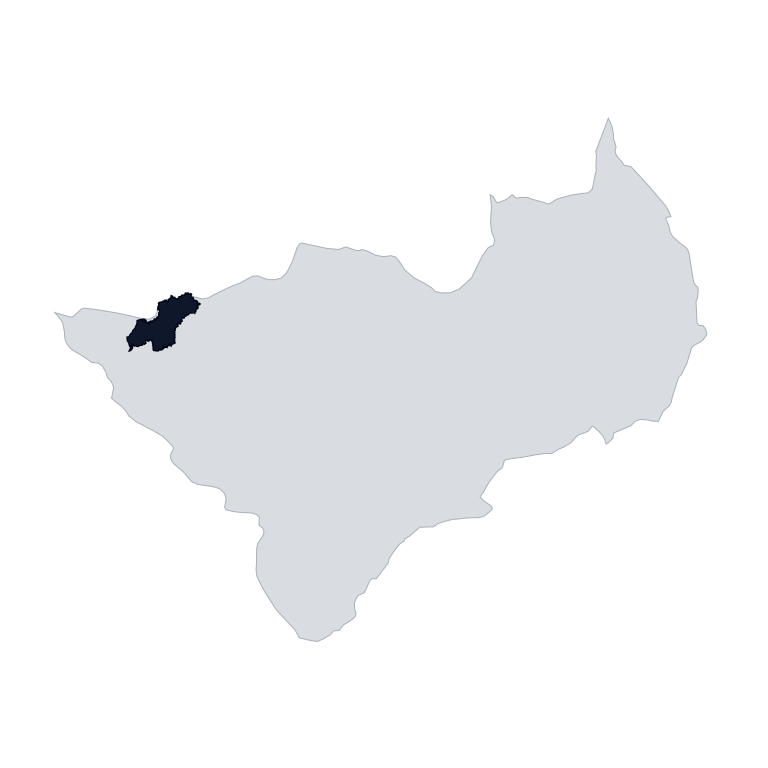 Zémio, Haut-Mbomou, Central African Republic shown in context, rotated 177°
{"feature_id": "33826404B4042011562142", "entity_name": "Zémio", "entity_type": "district", "adm_level": 2, "iso_a3": "CAF", "parent_name": "Central African Republic", "parent_adm1": "Haut-Mbomou", "projection": "natural_earth1", "projection_center": [25.196, 5.379], "detail": "fine", "context": "in_parent", "style": "filled", "palette": "ink", "viewbox_px": 768, "rotation_deg": 177, "n_neighbors": 0, "source": "geoboundaries", "source_scale": "gbopen_adm2", "svg_char_len": 9421}
<svg xmlns="http://www.w3.org/2000/svg" viewBox="0 0 768 768"><g transform="rotate(177 384 384)"><path d="M541.0,264.5L548.3,266.7L549.6,269.3L547.6,277.9L549.0,283.2L553.1,287.7L557.4,289.6L561.4,290.7L575.4,293.5L581.3,296.7L589.0,306.7L598.6,315.8L601.0,320.7L600.6,325.1L597.7,330.4L598.1,332.6L602.6,337.9L607.7,343.4L617.0,349.5L633.1,359.0L640.5,365.4L643.0,370.2L647.2,375.5L653.0,380.3L656.8,384.0L654.2,394.4L655.0,397.9L656.4,400.8L659.8,405.0L661.1,410.3L664.5,416.9L668.5,419.9L675.1,421.0L678.6,424.1L685.9,429.3L693.0,433.9L696.1,437.0L697.9,439.8L699.5,443.0L700.3,446.3L700.5,453.4L701.7,462.2L705.5,468.2L709.1,472.6L694.6,467.5L692.5,467.4L689.9,468.3L682.4,474.6L680.0,475.4L670.5,474.0L647.4,469.0L629.7,464.2L624.4,462.5L614.9,460.9L608.7,464.1L602.8,475.3L601.1,477.6L591.9,480.9L587.5,480.0L576.8,483.1L560.4,478.4L554.5,479.3L549.9,481.7L538.0,486.8L530.8,489.7L522.5,492.3L514.5,496.3L509.2,498.6L504.0,498.5L499.3,496.2L494.1,494.3L487.9,493.9L481.5,495.0L476.0,499.5L473.8,502.7L469.1,511.2L463.5,525.0L461.3,527.8L459.3,529.2L433.5,522.3L422.4,520.7L414.9,522.9L405.5,519.0L401.4,518.3L399.5,519.5L394.2,517.8L385.7,513.1L377.6,511.1L370.3,511.8L365.8,510.2L362.2,505.6L357.6,497.2L349.2,488.9L338.0,482.2L331.0,477.2L328.2,473.8L322.1,471.9L312.9,471.6L303.9,474.9L291.1,485.3L279.2,506.7L272.6,514.9L267.3,517.0L265.9,522.1L268.5,530.3L269.2,539.7L267.3,555.7L268.0,567.4L265.2,565.5L262.5,560.1L261.2,559.0L253.3,561.4L249.3,563.6L247.1,565.8L245.4,566.1L243.0,563.2L241.0,562.6L237.9,563.2L234.8,563.1L232.7,562.7L231.4,563.0L227.7,561.2L214.2,556.7L211.9,555.2L209.2,555.4L202.2,559.3L198.5,560.4L187.3,562.8L175.4,564.0L170.8,564.1L167.7,565.8L165.6,568.3L161.9,583.0L160.9,585.6L161.0,589.3L160.0,601.2L160.4,604.9L146.1,637.6L143.7,632.1L142.2,625.7L141.7,618.4L142.0,616.5L141.1,614.3L139.9,608.3L141.1,604.5L140.1,600.5L137.4,596.5L134.8,593.5L133.4,590.8L132.2,589.6L129.4,589.2L125.7,587.8L109.8,568.6L93.4,547.1L90.0,540.1L88.7,536.1L92.7,535.7L93.8,534.9L93.8,533.1L91.4,527.6L90.2,520.5L88.1,516.3L81.7,509.7L75.5,504.7L73.6,502.1L72.5,498.4L70.2,475.2L69.2,468.6L67.2,465.7L65.8,464.4L65.3,462.7L65.6,458.6L66.4,454.9L66.4,453.4L68.1,450.2L68.2,428.7L66.2,425.8L62.5,425.7L60.5,422.6L58.9,418.6L59.4,415.9L63.0,411.5L65.4,409.8L72.4,406.3L74.4,404.6L75.7,402.5L76.5,399.6L80.6,388.6L86.8,377.6L89.4,375.3L95.6,359.1L97.1,354.9L98.1,350.8L100.1,347.5L106.8,342.0L111.9,332.3L117.4,332.8L123.0,334.4L130.2,335.2L135.8,333.3L139.5,329.5L157.0,323.1L158.3,317.9L161.1,315.2L164.3,312.8L165.4,312.5L165.6,314.2L167.5,319.6L171.5,324.9L177.3,330.8L178.9,330.4L182.6,326.0L191.7,323.2L194.0,322.0L200.5,315.5L208.3,311.4L212.8,309.9L220.7,305.6L226.3,306.2L235.2,305.5L250.2,303.5L261.0,302.8L266.5,302.0L267.9,301.1L270.0,294.9L271.6,293.2L275.7,290.5L283.7,281.1L289.0,273.2L290.5,270.4L291.6,269.9L293.9,266.5L291.7,263.1L282.8,256.1L282.9,255.1L282.4,253.9L282.9,252.9L286.3,250.1L290.9,246.8L295.8,245.6L308.6,245.9L319.4,245.2L322.0,245.3L330.4,243.7L336.2,242.2L342.2,238.8L355.7,239.1L366.9,230.5L370.2,229.0L371.6,227.7L372.0,226.3L377.3,222.9L383.2,215.9L387.9,209.5L389.2,205.1L401.9,189.9L406.3,190.2L408.5,188.3L413.6,178.2L415.2,176.3L420.4,174.5L422.9,171.5L425.1,167.1L425.1,161.5L424.1,157.1L424.1,155.0L425.4,153.0L427.4,151.0L437.1,145.5L439.5,142.9L441.0,140.5L443.7,140.1L446.6,140.3L448.5,138.9L450.6,136.4L457.3,133.0L463.5,130.4L470.0,131.5L481.8,134.9L485.3,142.1L487.0,144.7L501.5,161.8L504.3,165.8L511.5,178.3L515.9,186.6L521.0,198.7L521.5,205.2L520.8,210.8L519.7,226.7L518.4,231.3L512.0,239.9L511.7,243.7L513.0,246.9L515.0,248.2L516.2,249.8L515.4,257.2L517.7,260.1L522.5,262.1L534.7,263.4L541.0,264.5Z" fill="#d9dde1" stroke="#a8b0b8" stroke-width="1"/><path d="M638.1,444.3L638.1,442.3L638.0,440.7L636.5,438.0L636.3,435.8L635.0,433.5L636.7,430.4L635.2,430.7L633.3,433.0L633.5,437.1L631.5,434.9L630.3,435.4L629.2,434.7L627.8,434.4L625.6,435.3L623.2,435.6L622.4,437.7L621.4,436.2L619.6,437.3L619.8,439.5L619.1,440.2L618.3,440.3L617.5,439.2L616.5,439.3L614.9,440.5L614.2,440.3L613.0,437.7L612.6,432.6L612.7,430.3L612.1,429.5L611.1,429.4L609.9,429.0L609.4,429.1L608.9,429.5L608.6,429.0L608.1,428.8L607.3,429.1L607.0,430.0L606.5,430.3L605.6,429.7L603.7,429.9L603.4,430.7L602.9,430.9L602.5,430.8L602.2,431.0L602.3,431.4L602.5,431.7L602.9,431.8L603.2,432.1L603.2,432.6L602.9,433.1L602.5,433.1L601.7,432.5L601.2,432.0L600.1,432.3L599.3,432.1L598.8,431.8L598.2,432.7L598.0,433.6L597.2,433.8L596.5,433.7L595.9,435.3L595.3,434.0L594.6,433.1L593.6,434.9L592.2,435.2L591.4,435.7L590.6,435.9L590.5,436.6L591.2,436.9L591.2,437.6L590.8,438.3L590.8,439.5L590.7,440.7L590.2,441.6L590.6,442.3L590.7,443.2L590.2,443.7L590.2,444.4L590.4,445.3L590.7,445.7L590.5,446.3L590.1,446.7L590.5,447.0L590.9,447.5L590.2,448.4L589.8,448.5L589.6,450.6L588.7,451.3L588.5,451.8L587.4,452.2L587.0,452.2L586.6,452.7L586.9,453.2L587.5,454.0L586.7,454.7L586.1,454.8L585.6,455.3L584.4,454.6L583.9,455.1L584.3,455.7L584.2,456.3L583.7,456.3L583.2,457.0L583.2,457.6L582.7,457.4L582.3,457.4L582.6,458.8L582.6,459.7L582.4,460.6L582.2,461.0L581.3,461.0L580.8,460.3L580.3,460.3L579.7,461.6L578.8,462.1L578.2,462.2L577.9,463.9L576.6,463.1L575.8,463.4L575.4,463.9L574.6,464.8L574.0,465.3L573.3,465.0L570.3,465.0L569.7,464.8L569.3,464.5L568.8,465.5L568.2,466.0L568.2,466.9L568.1,467.5L567.8,468.0L567.4,468.5L567.6,469.2L567.3,469.9L566.4,469.0L566.1,469.1L565.7,469.9L565.9,470.8L565.8,471.5L565.8,472.2L566.8,472.5L566.9,472.9L566.6,473.5L566.0,473.8L565.3,473.6L564.8,473.0L564.1,472.8L563.7,473.1L563.5,473.6L563.8,473.7L564.3,474.2L564.7,474.1L565.2,474.2L565.9,475.0L566.0,475.7L566.0,476.0L566.4,476.4L566.9,477.1L567.4,477.2L567.8,477.1L568.8,477.4L569.1,477.3L569.5,477.6L569.8,478.2L569.8,478.5L569.8,479.1L570.1,479.8L570.1,480.1L570.1,480.3L570.3,480.5L570.8,480.3L571.1,480.4L571.3,480.4L571.8,480.7L572.0,480.7L572.1,480.9L572.2,481.3L572.2,481.5L572.2,482.0L572.1,482.3L572.0,482.7L572.0,482.9L571.6,483.1L571.5,483.3L571.5,483.6L571.8,484.0L572.4,484.3L573.0,484.1L573.4,484.1L574.3,484.1L574.6,484.4L574.5,484.7L574.6,485.0L574.9,485.1L575.7,484.9L576.2,485.0L576.2,484.9L576.3,484.6L576.4,484.3L576.6,484.2L576.9,484.2L577.0,484.2L577.0,484.5L576.8,484.9L576.8,485.0L577.0,485.2L577.3,485.2L577.7,485.0L577.9,484.2L578.3,483.8L578.3,483.5L578.5,483.3L578.8,483.3L579.2,483.1L579.6,483.2L580.6,483.3L581.0,483.4L581.7,482.7L581.5,482.0L581.6,481.8L581.8,481.6L582.0,481.6L582.2,481.9L582.3,481.9L582.8,481.8L583.3,481.9L583.7,481.8L584.1,481.8L584.3,481.6L584.4,481.3L584.5,480.6L584.6,480.4L584.9,480.2L585.4,480.1L585.8,479.8L586.1,479.8L586.4,479.7L586.8,479.8L587.7,480.2L588.1,480.5L588.2,480.8L588.4,481.4L588.8,481.5L589.0,481.3L589.3,481.3L590.0,481.6L590.3,482.0L590.8,482.4L591.0,483.0L591.8,483.3L591.8,483.2L591.9,482.7L592.2,482.2L592.3,481.5L592.4,481.2L592.6,481.2L592.9,480.2L593.1,480.1L593.4,480.3L593.9,479.9L594.1,479.9L594.4,479.7L594.6,479.8L594.8,479.7L594.9,478.7L594.6,478.4L594.8,478.2L595.1,478.3L595.3,478.1L595.5,478.0L595.8,477.9L596.0,477.7L596.0,477.4L596.1,477.2L596.4,477.4L596.7,477.7L596.7,477.8L596.6,478.1L596.8,478.6L597.0,478.7L597.0,478.9L597.6,478.9L598.2,479.1L598.2,478.6L598.6,478.1L599.0,478.1L599.8,478.4L600.0,478.2L600.5,478.2L600.8,477.7L601.2,477.4L601.5,477.5L602.0,477.5L602.5,477.4L603.3,477.4L604.0,477.2L604.4,477.1L604.7,476.6L604.9,476.5L605.0,476.3L604.8,475.8L604.7,474.7L604.9,474.1L605.4,473.4L605.6,472.9L605.8,472.6L605.8,472.3L605.8,471.9L605.7,471.4L605.9,471.0L605.9,470.6L606.1,470.1L605.7,470.1L605.3,470.3L604.9,470.3L604.9,470.0L604.4,469.5L604.3,469.1L604.3,468.7L604.1,468.3L604.0,467.9L604.3,467.6L604.5,467.3L604.8,467.2L605.1,466.9L605.1,466.6L605.2,466.1L605.2,465.8L605.3,465.2L605.2,464.8L605.4,464.2L605.4,463.7L605.8,463.3L606.0,462.8L606.2,462.5L606.4,462.4L606.7,462.8L606.8,462.8L607.1,462.4L607.5,462.1L607.4,461.5L607.3,461.4L607.2,461.3L606.9,461.3L606.7,461.6L606.4,461.3L606.5,461.0L606.8,460.7L607.3,460.8L607.7,460.6L607.9,460.6L608.3,459.7L608.2,459.5L608.0,459.4L608.3,459.4L608.6,459.6L608.5,460.2L608.7,460.8L608.9,461.0L609.0,461.0L609.7,460.9L609.8,460.9L609.6,460.3L609.8,460.2L610.1,460.2L610.1,459.8L610.3,459.7L610.2,459.4L610.3,459.2L610.5,459.1L610.6,459.4L610.8,459.4L610.9,459.1L611.0,459.0L611.5,459.1L611.8,459.0L612.1,459.0L612.2,458.8L612.3,458.6L612.2,458.3L612.3,458.2L612.5,457.9L612.9,458.1L613.2,458.3L613.4,458.5L613.6,459.0L614.6,458.4L614.9,458.3L615.3,458.3L615.7,458.2L615.8,458.0L615.9,457.9L615.2,457.1L615.1,456.7L615.1,456.3L615.3,456.2L615.6,456.4L615.7,456.7L616.1,457.0L616.3,457.0L617.1,456.8L617.6,457.0L617.7,457.3L617.5,458.0L618.1,458.4L618.2,458.8L618.5,458.7L619.3,458.4L619.5,458.5L619.8,458.7L619.8,458.8L619.5,459.1L618.9,459.3L618.8,459.5L618.6,459.6L618.4,459.9L618.4,460.1L618.5,460.2L618.7,460.3L619.2,460.3L619.4,460.1L619.6,460.2L619.8,460.7L619.8,461.0L620.1,461.1L620.3,461.3L620.5,461.1L620.5,460.9L620.2,460.5L620.2,460.4L620.4,460.1L620.4,459.9L620.5,459.8L621.1,459.7L621.4,460.0L621.6,460.1L621.6,460.7L621.4,460.9L621.6,461.1L621.9,461.0L622.1,460.6L622.2,460.9L622.5,461.2L622.9,461.1L623.2,460.7L624.2,461.1L625.2,460.8L625.8,460.5L626.8,460.4L627.2,460.2L627.4,459.7L626.9,459.2L626.8,458.9L627.5,457.8L627.9,456.1L628.8,454.8L629.2,454.0L629.5,452.5L630.4,452.0L631.3,451.2L632.5,449.5L632.7,448.3L633.2,447.9L634.2,447.6L635.5,445.8L635.5,445.0L636.5,444.4L638.1,444.3Z" fill="#0f172a" stroke="#020617" stroke-width="1.5"/></g></svg>